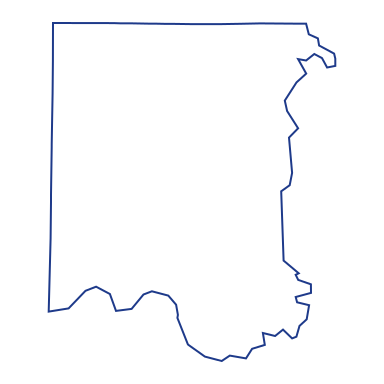 outline of Madison, Alabama, United States of America
{"feature_id": "52423323B46234857736785", "entity_name": "Madison", "entity_type": "district", "adm_level": 2, "iso_a3": "USA", "parent_name": "United States of America", "parent_adm1": "Alabama", "projection": "albers", "projection_center": [-86.485, 34.734], "detail": "fine", "context": "isolated", "style": "outline", "palette": "blue", "viewbox_px": 384, "rotation_deg": 0, "n_neighbors": 0, "source": "geoboundaries", "source_scale": "gbopen_adm2", "svg_char_len": 1100}
<svg xmlns="http://www.w3.org/2000/svg" viewBox="0 0 384 384"><path d="M177.9,314.9L177.4,317.9L187.8,344.2L188.3,344.8L204.9,356.6L221.7,361.0L229.8,355.6L246.0,358.4L252.1,348.8L264.8,344.9L262.9,333.0L275.1,336.0L283.0,329.6L292.1,338.4L296.4,336.7L299.5,325.9L306.7,319.3L309.1,305.2L297.1,302.3L295.7,297.0L311.0,292.9L310.9,284.3L298.2,279.9L295.7,274.8L298.7,273.3L283.6,260.6L281.2,191.3L289.7,185.2L292.1,172.9L289.0,137.6L298.1,128.3L287.1,111.0L284.8,100.6L296.5,82.4L306.2,73.6L298.1,59.1L306.1,60.5L314.3,54.0L322.0,58.1L327.1,67.5L335.3,65.9L335.3,58.6L334.1,53.6L319.1,45.5L317.9,38.4L308.8,34.3L306.1,23.7L302.1,23.7L260.1,23.4L240.4,23.8L222.2,24.1L195.4,24.1L189.7,24.1L175.0,23.9L166.8,23.9L157.3,23.7L151.4,23.7L129.3,23.3L129.2,23.3L119.5,23.3L113.4,23.1L111.6,23.1L110.3,23.1L109.8,23.1L53.0,23.0L52.9,61.3L52.6,93.2L52.0,126.9L51.7,144.8L51.7,147.2L51.0,195.0L51.0,202.1L50.6,238.4L48.7,311.6L68.6,308.4L85.5,290.8L96.1,286.7L109.9,294.0L116.0,310.9L131.6,308.9L143.5,294.5L151.9,291.3L168.3,295.6L176.1,304.7L177.9,314.9Z" fill="none" stroke="#1e3a8a" stroke-width="2"/></svg>